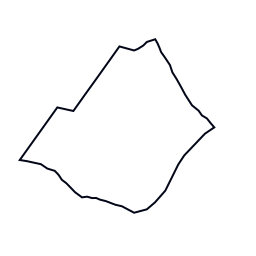 Itaúna do Sul, Paraná, Brazil (Robinson projection), rotated 305°
{"feature_id": "56859067B85448512958769", "entity_name": "Itaúna do Sul", "entity_type": "district", "adm_level": 2, "iso_a3": "BRA", "parent_name": "Brazil", "parent_adm1": "Paraná", "projection": "robinson", "projection_center": [-52.897, -22.73], "detail": "fine", "context": "isolated", "style": "outline", "palette": "ink", "viewbox_px": 256, "rotation_deg": 305, "n_neighbors": 0, "source": "geoboundaries", "source_scale": "gbopen_adm2", "svg_char_len": 737}
<svg xmlns="http://www.w3.org/2000/svg" viewBox="0 0 256 256"><g transform="rotate(305 128 128)"><path d="M39.7,57.7L42.9,64.3L45.7,71.0L48.4,77.4L48.5,85.2L50.9,92.6L49.8,98.0L47.6,103.6L47.4,109.1L45.0,121.6L44.8,130.1L48.3,133.9L50.0,138.8L52.4,142.0L53.2,146.0L55.4,151.8L57.9,161.7L60.4,167.9L62.1,181.6L72.2,190.1L82.7,192.8L98.1,194.5L127.0,190.1L137.9,189.8L167.5,194.3L178.0,198.3L179.3,193.2L181.1,187.1L180.7,181.4L182.7,175.9L183.3,167.4L188.0,155.9L192.2,147.6L196.3,139.0L199.0,132.5L203.6,126.3L207.1,117.4L209.1,111.7L211.8,107.7L214.4,103.4L216.3,99.4L209.3,94.1L204.3,93.2L198.4,90.7L195.0,88.5L189.9,74.2L152.8,73.9L129.0,73.6L110.6,73.5L104.3,58.3L39.7,57.7Z" fill="none" stroke="#020617" stroke-width="2"/></g></svg>